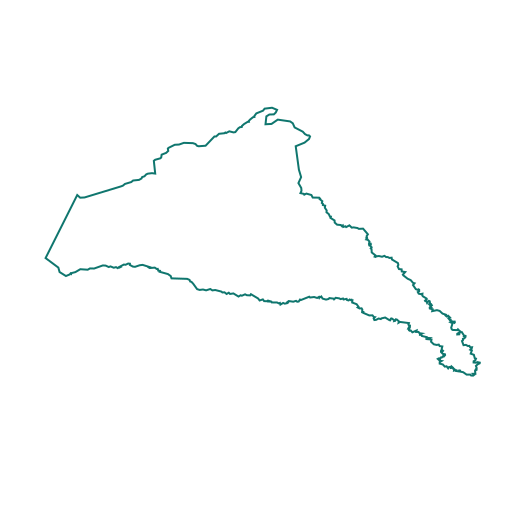 the district of Nova Ubiratã, Mato Grosso, Brazil, rotated 83°
{"feature_id": "56859067B8352278132319", "entity_name": "Nova Ubiratã", "entity_type": "district", "adm_level": 2, "iso_a3": "BRA", "parent_name": "Brazil", "parent_adm1": "Mato Grosso", "projection": "equal_earth", "projection_center": [-54.56, -12.966], "detail": "fine", "context": "isolated", "style": "outline", "palette": "teal", "viewbox_px": 512, "rotation_deg": 83, "n_neighbors": 0, "source": "geoboundaries", "source_scale": "gbopen_adm2", "svg_char_len": 6009}
<svg xmlns="http://www.w3.org/2000/svg" viewBox="0 0 512 512"><g transform="rotate(83 256 256)"><path d="M356.5,63.1L355.7,62.7L353.4,64.5L354.1,65.1L353.4,69.7L352.7,70.6L351.0,71.0L346.7,69.1L345.8,70.5L345.6,68.8L346.6,67.2L346.0,66.7L345.3,66.8L345.2,68.4L343.8,71.2L342.9,70.7L342.6,71.8L341.3,72.6L340.7,71.0L338.7,72.6L339.3,74.1L338.1,75.2L337.4,74.7L335.9,77.9L332.9,80.4L331.8,83.0L332.2,87.8L330.5,87.1L329.3,89.9L328.7,89.9L328.4,88.3L327.0,89.2L326.4,87.5L325.2,88.0L325.3,89.5L324.9,90.0L324.6,89.0L322.1,89.1L321.6,89.9L323.2,91.9L321.9,92.0L321.5,93.4L321.0,93.7L319.5,91.7L319.0,91.9L316.4,95.2L315.4,95.8L313.7,95.4L313.9,97.3L313.2,99.1L311.5,99.8L310.8,98.3L309.3,98.2L308.9,98.8L309.4,99.4L308.4,101.4L304.0,103.7L302.4,102.0L301.8,103.4L298.8,105.4L297.0,108.3L293.2,112.1L292.4,112.5L290.1,109.9L289.1,113.2L287.0,113.1L286.4,115.7L283.5,116.7L282.2,115.8L280.3,116.0L276.0,121.5L274.2,121.6L274.2,123.8L273.1,125.4L272.9,127.0L271.5,128.5L272.1,131.0L271.0,134.0L271.0,136.8L271.5,137.4L271.1,138.3L269.9,137.4L266.6,140.7L263.2,140.5L262.5,141.2L261.4,140.2L260.1,141.3L258.9,140.8L259.1,142.3L258.6,142.4L257.5,141.3L257.2,142.2L255.5,141.6L253.6,143.0L253.1,144.3L252.6,143.6L251.6,144.3L251.2,143.6L249.8,143.8L248.1,142.3L241.9,146.4L241.6,150.6L240.6,151.9L239.5,155.6L239.5,157.5L237.2,159.4L236.7,158.8L238.3,163.0L237.4,163.7L237.8,165.9L236.2,166.1L236.8,167.2L235.6,168.0L234.8,171.7L232.4,173.8L230.3,173.7L227.3,177.4L226.1,176.9L225.9,177.8L223.2,178.7L221.2,180.7L219.4,180.3L216.5,181.8L214.5,181.2L213.6,183.4L212.5,183.2L211.4,184.2L209.7,183.5L207.3,185.8L206.9,185.4L205.8,186.2L204.9,192.6L202.2,193.6L200.2,198.4L201.0,200.6L200.2,200.9L199.0,204.2L196.8,202.9L194.0,202.8L188.8,205.0L183.2,201.6L175.6,202.9L151.9,203.2L149.4,194.0L146.3,189.1L143.9,187.8L142.7,188.8L142.6,190.2L141.0,192.5L138.3,194.4L133.1,202.0L128.8,203.3L126.6,205.7L123.3,217.8L126.8,224.5L126.4,230.5L118.7,228.7L117.2,225.5L117.6,221.0L116.0,218.9L113.5,217.3L110.8,222.0L110.8,229.5L112.6,231.3L114.5,238.3L116.9,240.6L117.8,240.6L117.9,242.1L119.9,245.3L121.2,246.8L121.9,246.7L121.9,248.1L123.6,251.8L125.2,254.1L126.2,254.4L126.2,256.3L127.1,258.0L130.5,261.4L130.6,263.2L129.0,267.3L130.3,270.7L129.7,271.4L130.3,272.4L130.2,277.8L132.5,281.0L132.3,282.7L140.4,292.6L140.1,299.4L139.5,301.0L137.5,302.4L136.3,304.9L134.9,313.8L136.0,318.8L135.7,323.1L138.0,329.6L138.6,330.4L141.0,330.3L142.7,332.6L143.9,337.3L146.7,338.1L147.4,339.1L148.2,344.4L149.1,345.8L161.9,346.0L161.1,349.2L161.1,353.3L161.6,355.0L163.3,357.0L163.8,359.4L165.1,360.2L166.2,362.8L166.1,368.8L167.4,370.8L168.5,377.3L170.0,379.6L170.5,381.8L177.0,419.0L176.7,423.4L173.7,426.0L232.4,465.1L243.4,453.6L248.0,452.9L252.7,447.1L251.6,443.1L250.6,442.1L251.1,441.6L250.5,441.4L250.0,437.3L247.7,432.0L249.1,424.7L248.1,422.3L248.7,418.2L246.7,409.2L247.2,406.4L249.0,403.5L248.6,401.7L250.3,398.6L250.0,396.3L251.2,394.7L250.5,393.7L250.9,393.1L250.4,391.7L249.9,392.2L248.4,388.2L248.8,386.5L247.9,383.8L248.3,382.1L249.5,382.3L251.5,379.5L252.0,377.4L251.0,372.5L251.0,369.6L254.0,363.0L254.4,363.7L255.0,362.9L255.2,357.9L256.8,356.1L256.8,355.1L258.6,354.8L259.0,353.2L259.9,353.6L263.2,345.6L265.5,343.1L267.9,342.6L270.3,327.1L271.6,324.9L273.3,324.4L273.8,323.2L275.9,321.7L281.7,318.5L282.8,316.1L282.8,312.7L284.0,309.7L283.2,305.4L284.8,303.5L284.8,300.6L287.1,294.7L288.1,293.8L288.2,291.7L290.1,289.8L289.1,287.5L290.5,286.4L290.4,283.0L294.1,278.3L293.1,276.0L293.7,274.9L292.7,271.5L293.8,269.9L294.4,266.6L293.3,265.7L298.4,259.1L300.6,257.8L299.9,254.5L301.8,253.4L302.2,250.7L301.7,249.6L302.4,248.0L302.8,248.5L303.2,246.3L304.0,246.0L304.7,240.8L305.8,239.1L305.5,238.0L307.2,237.7L305.9,234.8L306.8,233.3L306.6,230.7L306.2,230.0L305.6,230.5L304.7,229.0L305.9,224.6L305.4,221.7L306.4,220.7L306.4,219.2L304.6,217.6L305.2,216.9L302.9,208.1L303.8,207.4L303.8,203.3L305.1,200.4L304.4,198.8L305.3,198.4L304.3,197.6L304.7,196.8L304.2,196.1L306.4,195.1L307.8,191.8L307.5,189.2L306.7,188.3L307.8,184.1L308.5,183.8L307.2,182.0L308.2,178.5L309.1,177.3L308.8,174.8L309.8,174.4L309.6,171.3L310.8,171.0L311.4,169.5L310.6,168.3L311.3,167.3L311.1,166.6L311.7,166.5L311.7,165.7L313.9,166.2L316.1,162.0L319.0,160.4L319.5,161.3L320.7,159.6L320.8,157.6L322.1,157.0L324.6,157.5L324.7,156.3L325.5,156.5L328.8,150.8L329.1,147.6L330.9,146.5L331.2,145.5L332.3,146.8L334.0,146.3L334.0,144.6L333.0,141.9L333.8,139.8L333.2,139.1L332.8,135.3L336.0,131.3L336.2,130.6L334.6,129.8L334.5,128.9L336.8,126.4L337.4,126.7L337.3,125.8L335.9,125.0L336.2,124.0L338.3,122.1L339.6,122.6L339.0,121.1L341.2,112.4L342.7,113.1L343.8,112.4L343.9,111.7L345.2,111.9L345.3,112.9L346.7,113.8L346.9,112.7L348.3,113.2L348.9,112.6L348.8,111.5L350.8,110.1L349.5,105.7L350.9,106.2L351.2,103.9L352.5,103.2L353.1,101.1L353.5,102.8L354.2,102.9L354.3,101.4L355.6,101.1L357.3,96.5L358.0,96.8L358.6,93.6L359.5,95.6L360.3,92.0L362.4,92.7L365.3,90.3L366.3,87.5L366.2,85.4L367.8,84.7L368.5,82.1L371.5,83.2L372.9,81.9L373.5,82.6L373.1,84.0L373.8,84.1L375.8,82.6L376.6,80.4L377.4,80.4L378.1,81.2L376.9,81.2L376.8,81.8L377.9,82.1L379.5,84.1L379.2,84.8L379.8,85.7L380.5,85.9L379.9,87.2L380.3,88.1L382.2,86.4L382.8,84.6L383.7,86.6L385.2,86.8L386.4,83.8L388.8,82.1L388.7,80.3L390.9,79.0L389.8,78.1L389.7,76.7L390.9,76.4L390.9,75.5L389.7,75.2L391.1,73.9L391.9,74.0L392.4,73.0L393.8,73.4L393.5,72.0L393.8,71.1L394.5,71.4L395.2,69.0L394.3,68.3L394.6,67.4L395.6,67.5L396.6,64.5L399.4,61.4L399.8,57.8L400.8,57.1L401.2,55.1L400.5,53.9L399.4,54.8L399.6,52.6L396.7,52.6L395.9,51.1L395.3,51.7L394.2,50.6L391.9,51.1L390.4,49.0L389.8,47.1L389.1,46.9L388.3,49.2L388.7,50.7L388.2,53.0L387.0,52.8L386.2,51.0L384.7,50.2L384.2,51.3L380.6,51.8L379.1,54.8L376.1,53.3L375.2,54.7L374.3,53.3L372.9,52.7L372.8,54.5L371.2,55.2L371.2,56.6L369.8,58.5L369.8,60.9L365.5,61.9L364.7,60.8L363.4,60.7L363.1,59.2L361.9,58.0L361.1,59.2L360.6,58.5L360.4,59.2L356.6,61.0L356.5,63.1ZM356.5,63.1L358.5,63.8L358.4,65.8L357.7,65.7L356.5,63.1Z" fill="none" stroke="#0f766e" stroke-width="2"/></g></svg>